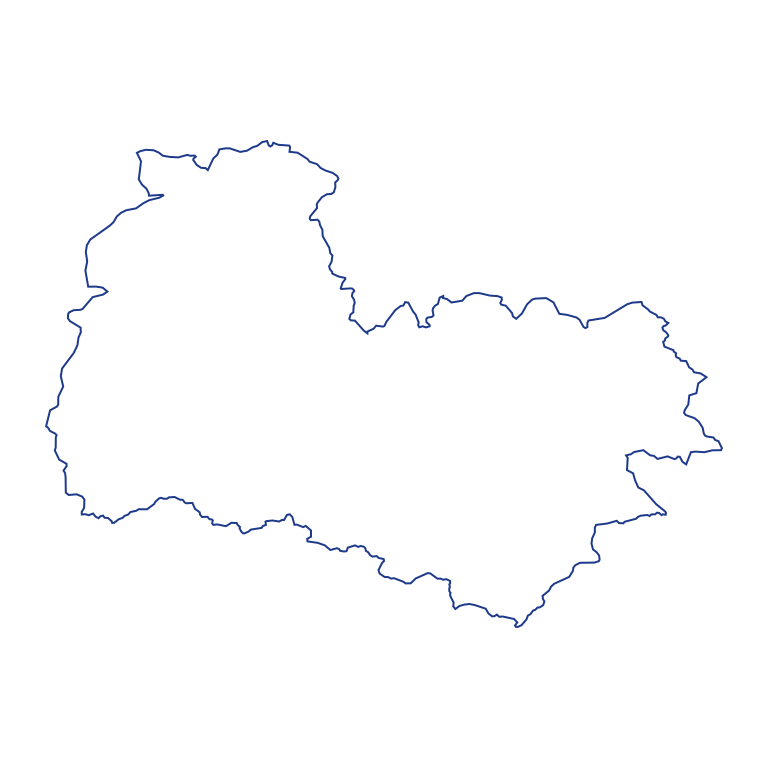 Mogovolas, Nampula, Mozambique
{"feature_id": "85939544B32350532447413", "entity_name": "Mogovolas", "entity_type": "district", "adm_level": 2, "iso_a3": "MOZ", "parent_name": "Mozambique", "parent_adm1": "Nampula", "projection": "mercator", "projection_center": [39.302, -15.724], "detail": "fine", "context": "isolated", "style": "outline", "palette": "blue", "viewbox_px": 768, "rotation_deg": 0, "n_neighbors": 0, "source": "geoboundaries", "source_scale": "gbopen_adm2", "svg_char_len": 6073}
<svg xmlns="http://www.w3.org/2000/svg" viewBox="0 0 768 768"><path d="M706.5,377.2L700.6,373.4L694.1,372.3L692.5,369.6L689.1,367.3L686.2,361.1L680.8,360.7L679.7,358.6L676.4,357.1L675.7,355.4L676.2,353.4L673.8,351.6L673.4,350.2L664.4,346.6L663.2,341.8L664.7,340.8L665.4,338.3L668.0,336.5L668.3,335.3L666.2,332.3L663.3,330.3L662.4,327.7L663.5,326.1L665.5,325.6L668.3,323.0L665.3,321.3L663.9,318.8L660.9,317.3L657.8,317.3L656.4,314.9L649.8,311.5L647.9,309.2L642.6,305.4L641.5,302.0L632.4,302.6L627.3,304.2L604.7,317.9L588.5,320.5L587.4,322.8L587.3,327.1L585.4,328.1L583.5,326.9L579.5,319.7L576.5,317.5L567.3,314.9L559.3,313.8L553.4,302.3L546.2,298.1L535.5,298.6L532.2,299.5L527.0,304.4L522.0,313.4L516.3,318.8L512.9,316.4L512.1,313.1L505.8,305.7L501.2,304.6L500.3,302.9L501.9,299.7L501.6,297.5L497.5,296.1L490.0,295.6L479.3,293.1L473.9,293.1L466.4,296.0L462.3,300.7L451.5,302.5L446.9,299.0L443.1,298.1L443.2,296.0L439.7,297.6L437.9,304.0L434.9,305.8L433.1,308.2L432.6,310.4L433.5,315.5L431.9,316.9L427.5,317.6L426.3,319.0L426.4,322.1L429.6,324.9L429.6,326.3L425.9,327.4L422.6,326.3L419.3,327.3L418.1,325.0L418.7,322.5L415.6,314.6L413.1,311.6L408.3,302.7L405.2,302.1L403.3,305.6L400.7,306.0L395.3,310.1L386.4,321.8L384.4,326.0L383.0,326.6L376.2,325.7L373.5,328.8L367.5,331.5L367.4,333.4L363.8,330.6L354.9,320.6L351.0,320.4L349.3,318.9L350.5,314.5L353.3,312.3L353.7,305.8L354.7,303.0L354.1,299.8L351.9,296.2L352.5,293.0L354.2,291.2L353.9,290.2L352.3,288.6L350.5,288.4L341.1,289.0L340.7,288.5L342.6,282.6L345.3,279.2L345.1,277.9L338.5,276.5L332.3,273.6L332.1,271.8L330.0,269.4L329.1,266.3L331.6,261.7L332.4,255.4L330.3,253.2L329.3,247.8L322.7,236.2L322.4,229.8L319.9,224.9L319.4,221.8L317.6,219.7L310.8,220.2L309.7,218.7L310.2,216.4L317.0,208.1L316.8,204.2L317.5,202.7L321.9,197.2L327.0,194.2L331.1,194.0L333.8,192.3L335.4,187.1L335.2,182.4L337.7,180.2L338.4,178.6L337.2,176.1L332.7,172.9L325.4,170.5L320.5,167.9L317.1,164.2L309.6,161.7L307.6,159.1L297.6,152.7L289.5,151.8L290.1,147.3L289.3,145.6L278.4,144.8L273.3,142.8L272.2,145.3L270.3,146.5L268.7,145.3L267.1,141.0L262.2,142.1L257.0,146.0L253.1,147.1L247.0,150.7L240.3,151.9L229.9,148.4L225.8,148.3L219.4,149.4L217.4,154.6L213.3,158.5L207.8,170.1L205.6,168.1L201.0,167.8L196.7,164.9L193.2,159.9L193.4,158.8L195.8,156.7L194.7,155.6L190.3,155.8L187.4,154.9L178.1,157.4L169.6,156.9L162.7,155.7L159.0,152.7L153.7,150.3L146.1,149.8L140.7,151.0L136.9,152.8L141.0,161.3L138.8,179.5L142.1,184.8L146.4,188.6L148.7,193.1L149.0,195.7L162.7,194.8L163.2,195.5L159.1,197.8L149.4,200.1L143.2,203.3L136.0,208.4L126.4,210.2L121.0,212.8L116.9,216.4L113.6,222.0L110.1,225.4L90.3,239.5L86.9,245.2L85.8,251.9L87.2,261.5L85.4,270.6L88.2,286.7L96.0,286.6L102.6,287.6L107.4,291.6L103.0,294.6L92.7,297.1L82.6,308.9L80.5,309.8L73.7,310.2L69.0,312.4L68.1,314.2L67.9,318.2L69.9,321.1L80.6,327.6L80.8,332.4L78.5,337.6L77.4,345.3L73.8,352.9L62.1,368.5L60.8,376.1L63.2,386.5L58.3,396.8L58.2,404.7L57.0,406.5L50.1,410.3L46.1,426.3L47.9,427.6L50.1,431.0L55.0,433.5L56.6,435.1L55.8,437.4L55.7,447.6L54.8,450.4L59.2,459.6L66.5,463.8L66.6,466.1L63.5,470.6L65.1,473.0L65.6,477.2L65.8,492.6L68.7,495.0L76.5,494.3L82.2,496.6L84.4,499.5L84.1,507.9L81.7,511.9L81.8,514.5L85.3,514.2L88.8,515.2L93.0,513.5L95.6,516.7L98.6,518.2L100.3,516.3L103.1,515.6L104.5,517.7L108.2,518.1L111.7,521.3L112.2,522.9L114.2,522.8L118.9,519.1L122.5,518.0L124.5,515.9L128.2,514.5L130.5,512.0L136.2,510.8L138.7,509.2L147.0,509.3L154.2,504.0L155.3,501.8L159.2,498.3L161.2,497.8L163.7,498.8L167.4,498.6L168.8,497.4L174.6,497.0L179.9,499.7L182.7,499.8L184.7,502.5L186.5,503.3L192.4,502.9L195.0,508.8L199.7,512.3L200.0,514.5L202.1,517.0L207.5,516.8L209.5,519.2L212.0,519.5L212.8,520.4L212.1,523.3L213.4,524.9L217.1,524.4L225.9,526.2L231.4,522.8L236.7,523.0L237.5,524.8L240.0,527.0L239.5,528.1L241.2,531.5L243.1,533.3L244.4,533.4L248.7,531.5L250.8,529.6L261.6,527.9L262.8,526.0L265.9,524.9L265.5,521.6L266.1,521.2L272.4,520.5L279.1,521.5L282.1,519.9L284.1,520.0L286.9,515.0L289.7,514.3L292.3,517.0L294.5,524.8L296.8,524.6L303.2,527.1L305.7,525.9L311.0,530.5L311.0,536.7L307.2,538.9L307.5,541.4L317.5,542.8L324.8,545.3L330.3,550.0L336.9,548.2L339.1,549.1L340.1,550.8L343.0,551.4L345.8,551.4L346.7,550.8L347.8,547.6L355.0,545.4L358.2,546.9L360.6,546.0L363.8,546.7L365.3,548.2L365.9,550.9L368.1,552.2L370.3,555.3L372.5,556.6L376.7,556.1L378.6,557.9L383.7,559.1L384.0,561.0L382.1,562.9L378.5,570.1L379.6,573.5L384.6,577.0L388.2,577.1L391.1,578.6L394.1,578.2L403.3,581.7L405.6,583.4L410.7,583.3L415.8,578.4L427.7,573.1L430.2,573.4L437.5,578.7L440.6,578.6L443.0,579.7L446.4,579.2L450.1,581.0L450.1,583.5L449.3,584.3L449.9,587.0L449.2,588.6L449.4,591.3L450.5,592.9L450.0,594.6L450.6,596.7L453.6,602.5L453.3,606.5L455.4,609.0L459.4,606.0L464.4,604.6L469.3,604.0L474.9,605.1L485.7,608.7L488.4,613.4L492.2,616.4L494.4,616.2L496.9,614.6L499.3,616.8L502.7,616.5L514.1,619.0L517.3,622.5L515.0,625.5L515.7,626.7L517.7,627.0L521.6,625.1L526.5,619.4L527.8,615.7L530.5,614.1L533.0,610.6L535.3,609.8L537.4,607.6L539.7,607.4L543.1,605.2L544.4,601.6L542.9,598.8L542.6,595.8L549.1,590.5L551.1,586.6L554.1,583.8L569.2,576.9L572.9,570.9L573.4,567.5L575.2,565.3L579.8,562.8L594.4,562.6L598.8,561.2L599.6,559.7L599.1,555.5L596.7,552.3L593.0,549.4L591.5,543.6L592.2,538.3L594.9,532.3L594.8,527.7L596.1,524.9L607.3,523.5L616.7,520.8L619.1,523.1L623.4,523.3L624.5,521.8L636.2,518.7L637.6,517.1L640.6,515.7L647.3,515.0L649.6,516.0L651.4,514.4L655.2,514.3L657.0,512.7L659.2,513.0L661.5,515.1L663.1,514.3L665.6,514.8L666.0,512.9L665.1,511.4L656.3,504.3L643.9,490.3L638.3,487.5L635.1,480.4L633.1,473.3L627.0,470.1L627.7,457.9L626.1,455.4L631.0,454.2L634.1,452.0L643.4,450.2L650.1,455.3L654.0,455.9L657.5,458.9L667.6,456.4L674.5,459.1L676.3,458.4L677.7,456.6L679.8,456.8L682.5,461.8L686.2,464.4L690.9,452.2L695.4,451.6L704.4,452.2L712.4,450.3L721.0,450.2L721.9,448.1L718.5,441.2L715.1,439.9L713.5,437.5L706.9,436.5L705.0,435.5L703.8,433.5L702.7,427.9L698.7,421.6L694.6,418.2L685.8,415.1L684.1,413.0L684.6,410.4L688.3,404.5L689.3,395.4L696.4,393.2L698.2,383.5L706.5,377.2Z" fill="none" stroke="#1e3a8a" stroke-width="2"/></svg>